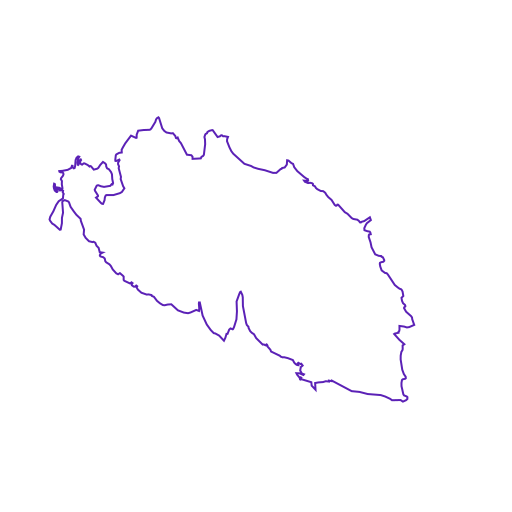 Corunca, Mures, Romania (Robinson projection), rotated 218°
{"feature_id": "2599482B95867949885200", "entity_name": "Corunca", "entity_type": "district", "adm_level": 2, "iso_a3": "ROU", "parent_name": "Romania", "parent_adm1": "Mures", "projection": "robinson", "projection_center": [24.644, 46.518], "detail": "fine", "context": "isolated", "style": "outline", "palette": "violet", "viewbox_px": 512, "rotation_deg": 218, "n_neighbors": 0, "source": "geoboundaries", "source_scale": "gbopen_adm2", "svg_char_len": 6120}
<svg xmlns="http://www.w3.org/2000/svg" viewBox="0 0 512 512"><g transform="rotate(218 256 256)"><path d="M351.4,332.6L354.6,331.0L355.6,330.1L357.3,330.1L357.9,329.4L358.1,328.1L359.5,326.1L367.6,328.5L368.0,328.3L369.7,326.1L370.2,325.0L370.6,323.7L370.2,322.5L370.8,321.2L370.8,320.5L369.9,318.0L368.0,316.5L364.9,312.8L359.4,303.7L359.3,302.3L360.0,300.6L359.6,298.9L365.8,293.5L367.2,295.2L369.0,295.6L372.8,293.3L384.6,298.7L387.4,299.3L390.6,301.1L390.8,300.0L391.7,299.7L393.5,300.9L397.1,301.6L398.3,300.4L402.6,298.2L405.3,298.1L408.5,298.9L417.3,305.0L418.3,305.2L418.9,303.5L418.8,302.0L417.9,299.8L417.0,292.2L417.1,290.7L417.6,289.9L422.2,286.0L426.0,282.2L424.7,278.1L422.9,275.7L423.2,275.2L428.6,273.9L428.4,264.3L427.8,259.9L427.3,257.0L425.5,254.9L427.3,253.1L428.6,250.1L428.5,249.1L426.0,245.0L425.3,244.4L424.6,244.9L423.1,247.8L422.5,247.5L422.1,244.6L421.3,243.5L419.1,242.3L418.3,240.7L411.1,235.2L410.0,233.3L403.7,229.2L401.4,228.3L401.1,223.9L401.9,221.8L405.8,216.3L411.3,212.0L411.7,211.2L411.2,209.2L409.7,206.7L408.6,202.9L409.3,202.4L410.6,202.3L418.0,203.5L417.3,205.7L417.8,206.4L423.1,208.3L423.9,208.9L424.8,213.3L424.5,214.0L423.8,214.7L421.1,215.5L418.3,216.9L414.0,221.6L414.0,223.8L413.1,224.0L413.5,225.5L416.6,228.1L419.8,231.7L421.9,232.9L425.3,233.8L427.3,233.4L429.1,234.3L430.5,235.8L431.9,236.1L434.5,235.9L434.8,231.8L434.5,228.3L434.9,227.0L437.0,224.2L441.2,225.1L442.1,224.8L442.3,224.0L444.6,224.1L448.1,223.4L448.8,222.9L449.3,220.9L450.2,220.7L451.2,220.8L452.2,221.4L452.7,221.9L452.9,223.9L453.6,224.2L453.8,223.7L453.7,222.7L452.1,218.8L452.2,218.2L452.7,218.2L454.0,219.5L456.0,223.0L456.4,225.4L457.5,225.0L457.9,223.0L457.2,220.5L454.0,215.7L453.1,213.7L453.5,212.9L454.1,212.9L455.3,213.2L456.1,214.1L456.6,213.8L455.8,211.7L457.4,208.0L460.9,204.0L463.3,201.8L462.8,201.4L461.5,201.6L459.9,202.8L458.8,202.6L457.9,201.7L457.5,200.2L457.5,197.4L457.1,196.4L455.1,195.6L453.2,193.0L450.2,190.2L450.2,189.7L450.9,188.9L452.9,188.7L456.5,186.7L457.1,186.7L458.1,188.3L459.0,188.9L459.6,188.7L458.2,186.2L456.8,184.9L454.9,183.7L452.6,183.6L452.1,184.1L452.2,184.7L455.1,185.4L453.0,187.1L451.1,186.8L448.9,188.7L448.2,188.7L447.5,187.2L445.7,186.5L445.7,185.8L443.6,182.5L445.2,177.7L444.9,173.2L443.2,166.4L442.3,160.3L441.2,157.7L439.9,157.0L436.6,156.1L434.0,156.4L426.7,155.9L426.2,156.6L429.1,162.3L432.4,166.6L434.7,171.3L441.7,179.0L442.2,180.1L441.1,182.3L437.4,183.4L436.3,183.1L432.4,180.6L427.2,179.0L423.0,177.9L417.1,177.3L415.7,175.9L407.7,170.9L405.1,166.9L401.4,165.4L396.7,164.8L393.4,166.3L392.8,167.2L390.8,167.5L388.0,165.9L385.0,165.5L381.5,162.8L379.0,164.2L379.9,162.3L379.6,160.6L379.2,160.1L378.3,159.9L375.6,161.0L373.7,160.9L371.5,159.1L370.2,158.8L366.4,159.2L364.3,158.8L360.6,157.2L355.4,156.3L353.4,156.7L352.7,158.7L348.6,158.5L347.6,158.3L345.6,155.7L344.5,155.4L338.4,156.8L337.9,158.6L336.6,158.6L336.6,157.2L335.8,156.5L333.4,156.6L332.6,157.2L332.2,159.0L331.0,159.0L330.9,157.8L328.4,156.8L323.7,156.5L318.4,158.3L317.0,159.6L314.3,160.9L313.6,160.4L311.3,161.0L306.4,159.7L302.6,159.6L299.2,160.0L297.7,160.9L295.7,163.4L293.0,165.8L284.1,165.1L278.0,167.0L274.3,169.1L272.8,171.2L269.9,176.7L267.1,177.6L268.4,179.7L271.7,183.3L272.3,184.3L271.7,184.8L261.4,176.2L252.6,171.7L246.1,169.8L241.8,169.2L240.4,169.9L236.0,170.6L229.1,169.5L229.8,172.7L231.3,176.5L230.5,177.1L231.8,181.5L231.5,183.2L229.2,183.9L229.1,184.4L229.6,186.6L232.4,194.0L236.9,200.6L243.3,208.2L245.7,215.5L246.3,217.7L246.0,218.5L242.8,216.9L241.0,215.3L235.5,208.5L222.6,197.2L220.8,196.0L218.4,195.6L217.5,194.7L214.3,193.2L212.1,192.9L209.4,193.1L205.3,191.4L196.2,190.3L195.4,191.1L193.4,191.5L193.1,191.8L193.3,192.8L192.9,192.9L191.8,192.5L191.4,191.8L187.0,191.0L185.3,190.0L175.6,192.1L174.6,191.9L172.5,192.6L171.6,193.5L168.1,195.1L162.9,196.7L160.2,195.5L158.0,195.2L156.5,195.4L155.5,196.0L157.0,197.0L156.9,197.9L154.5,198.2L154.0,199.0L151.8,198.4L152.3,196.0L150.7,193.0L147.5,191.6L145.4,192.3L145.4,191.4L149.6,190.3L152.0,188.5L150.5,187.8L146.9,187.0L146.4,187.8L145.4,188.0L145.2,187.2L145.7,186.2L145.3,185.9L144.8,186.0L144.3,186.9L134.7,190.6L132.3,188.1L126.8,187.3L131.2,192.3L129.0,194.8L125.6,197.9L123.9,200.3L121.2,202.0L121.8,202.7L119.3,204.0L119.5,204.5L97.4,208.4L90.8,212.6L83.0,216.0L72.1,223.2L67.7,224.8L62.5,226.0L60.0,226.1L53.4,231.5L50.6,231.7L49.0,234.7L48.7,236.5L49.8,238.0L50.8,238.1L53.5,237.3L54.7,237.7L61.2,243.0L63.2,245.5L64.6,248.1L64.5,249.1L62.8,251.2L62.7,251.9L63.7,253.0L66.8,254.0L70.7,256.4L78.3,263.5L80.6,266.5L82.4,269.9L82.7,272.2L83.3,273.2L85.4,275.8L84.8,277.8L91.2,278.2L99.1,279.6L98.9,280.3L96.4,283.3L97.1,284.1L96.9,284.9L97.5,286.2L99.9,289.2L95.8,291.6L93.1,292.6L91.5,294.3L88.9,299.1L93.9,302.3L95.2,303.6L96.8,304.1L103.4,304.5L107.3,306.1L107.6,306.8L107.3,308.0L107.4,308.5L108.6,309.2L111.0,309.3L113.4,310.6L115.6,312.6L115.3,315.2L118.6,318.2L120.3,319.0L121.4,319.1L122.7,318.6L125.1,318.5L128.8,318.6L140.7,322.6L142.5,322.9L143.8,322.1L148.1,322.0L151.6,324.2L153.6,326.0L154.1,327.0L153.5,328.2L152.1,329.9L152.0,331.2L152.4,331.7L155.2,333.1L156.6,332.7L157.2,333.1L159.4,331.7L163.1,330.7L170.3,334.0L174.2,337.3L178.9,340.4L180.0,342.0L180.1,342.6L179.0,343.8L180.4,344.9L181.4,345.2L183.5,344.1L186.4,343.1L187.8,344.6L188.7,348.4L188.8,350.2L187.6,355.0L190.1,356.6L192.2,350.2L194.0,347.7L194.0,347.0L194.7,346.5L196.5,347.0L198.5,347.0L202.1,345.1L203.9,344.8L209.9,345.6L213.0,345.2L222.8,347.0L223.5,346.6L223.5,345.4L223.9,344.8L225.4,344.7L231.0,346.7L235.3,346.9L238.3,347.6L240.2,348.4L241.7,348.5L243.1,348.4L245.0,347.1L248.9,346.4L250.7,346.5L252.4,347.2L254.6,346.8L255.6,347.9L256.5,347.9L258.3,347.1L259.9,345.5L263.2,344.6L264.5,345.0L261.4,347.0L261.3,347.5L262.5,348.5L263.5,348.1L266.6,347.9L275.7,348.3L280.5,349.5L283.5,351.4L285.2,351.0L289.2,351.2L290.4,350.6L288.0,347.0L287.9,343.4L289.6,341.4L289.5,340.4L290.1,339.7L291.1,334.1L293.7,332.0L301.9,329.0L308.0,326.0L312.5,324.3L315.3,323.9L321.9,321.5L336.9,322.6L339.9,323.4L343.7,325.2L349.5,328.6L350.7,330.3L351.4,332.6Z" fill="none" stroke="#5b21b6" stroke-width="2"/></g></svg>